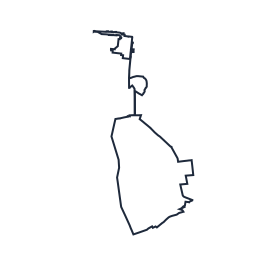 Braila, Braila, Romania, rotated 148°
{"feature_id": "2599482B33603161036297", "entity_name": "Braila", "entity_type": "district", "adm_level": 2, "iso_a3": "ROU", "parent_name": "Romania", "parent_adm1": "Braila", "projection": "orthographic", "projection_center": [27.92, 45.241], "detail": "fine", "context": "isolated", "style": "outline", "palette": "slate", "viewbox_px": 256, "rotation_deg": 148, "n_neighbors": 0, "source": "geoboundaries", "source_scale": "gbopen_adm2", "svg_char_len": 3851}
<svg xmlns="http://www.w3.org/2000/svg" viewBox="0 0 256 256"><g transform="rotate(148 128 128)"><path d="M146.5,129.6L152.8,106.0L156.6,99.0L163.5,91.8L164.9,88.6L172.0,72.8L175.0,66.1L175.6,64.7L176.7,55.8L176.8,55.0L177.7,48.1L178.2,44.4L178.7,41.9L179.0,39.8L179.8,34.9L175.2,33.8L169.9,32.6L165.9,31.7L164.1,32.0L163.6,32.0L159.7,31.8L159.8,30.2L156.8,29.9L156.2,28.4L149.4,29.3L147.7,29.3L144.4,30.1L140.8,30.7L139.3,30.6L137.1,30.1L132.6,28.7L129.8,28.9L125.4,27.6L125.4,28.9L125.5,29.5L126.0,30.4L127.2,31.8L126.6,31.7L125.0,31.6L124.2,31.8L124.3,31.4L122.0,31.1L122.0,32.1L120.9,32.0L118.4,34.9L118.3,35.0L116.0,33.1L115.5,32.6L115.1,32.9L114.5,32.9L111.9,32.5L111.6,32.8L115.9,38.5L117.0,40.1L117.2,40.7L117.3,41.8L114.5,49.9L113.6,52.4L107.3,49.2L104.3,57.0L97.6,53.5L94.3,60.3L91.1,67.0L91.4,67.1L92.8,67.8L93.0,67.9L93.1,68.0L95.3,69.0L98.2,70.4L103.4,72.8L102.4,75.1L102.1,75.8L102.0,76.5L101.4,88.1L101.3,88.3L101.3,88.6L101.2,88.7L101.1,88.8L101.1,89.0L101.3,89.1L101.5,89.2L101.6,89.4L101.7,89.6L102.0,90.6L103.7,97.1L105.2,102.7L105.3,103.2L105.5,103.8L105.7,104.3L106.3,105.6L106.5,106.2L107.7,110.2L108.2,112.6L108.6,114.4L108.9,116.0L109.0,116.0L109.3,117.3L109.5,117.8L109.6,118.1L110.0,119.4L111.4,123.5L111.9,125.1L113.2,128.8L113.4,129.3L110.2,132.0L111.6,132.8L115.3,135.1L107.4,147.8L102.5,155.8L100.4,151.3L99.5,149.8L99.3,149.3L98.8,148.4L98.3,148.6L97.1,148.8L96.3,149.4L95.5,149.5L94.3,150.4L94.0,151.4L92.8,152.0L92.0,152.5L91.8,152.6L91.7,152.5L90.6,152.9L89.9,153.5L89.6,154.1L89.3,154.6L88.8,155.2L88.4,155.9L87.8,157.1L87.4,158.1L87.3,158.4L87.2,159.3L87.2,159.9L87.4,161.1L87.6,161.5L88.0,162.2L87.9,163.5L90.1,165.2L91.9,166.6L92.7,167.1L92.8,167.2L93.3,167.5L94.3,167.8L96.0,168.3L96.3,168.5L98.7,168.9L99.5,169.1L99.8,169.3L99.9,169.6L100.4,170.0L97.4,174.5L96.2,176.3L89.4,185.2L89.0,185.7L88.7,185.9L88.3,186.3L87.8,187.0L87.6,187.2L87.5,187.4L87.4,187.7L86.8,188.6L85.9,189.7L83.8,192.4L83.6,192.3L83.8,192.1L84.0,191.9L84.3,191.6L84.7,190.9L84.3,190.8L84.3,190.7L84.1,190.5L84.0,190.4L84.1,190.2L83.9,190.0L83.4,189.7L83.2,189.6L83.0,189.9L82.8,189.8L82.7,190.1L82.6,190.3L81.5,191.7L83.3,193.0L82.8,193.5L81.4,195.2L80.0,197.0L79.8,197.2L79.6,197.3L79.3,197.3L79.0,197.4L78.8,197.5L78.7,197.6L78.6,197.8L78.6,198.0L78.9,198.2L79.1,198.5L80.0,197.2L80.7,196.3L81.9,194.9L83.4,193.1L83.7,193.3L82.4,194.9L81.2,196.4L78.0,200.5L77.1,201.7L76.2,202.8L76.2,203.1L78.8,205.2L79.0,205.1L79.3,205.2L79.3,205.5L82.2,207.9L81.6,208.6L81.4,208.9L82.1,209.4L81.5,210.7L82.6,211.2L83.2,210.2L83.8,210.6L83.7,211.0L83.7,211.4L83.7,211.7L83.8,212.0L83.8,212.3L84.0,212.6L84.4,213.2L87.4,215.5L87.2,215.8L87.7,216.1L87.8,215.9L90.7,217.9L90.5,218.3L91.1,218.7L91.3,218.4L94.1,220.3L93.8,220.7L94.4,221.1L94.7,220.7L95.7,221.4L95.8,221.3L102.1,225.7L105.0,227.8L104.9,228.0L105.3,228.3L105.6,228.4L106.0,227.8L105.9,227.8L102.8,225.6L100.6,221.6L97.3,219.3L94.5,217.2L94.8,216.9L94.2,216.5L94.0,216.9L92.9,216.1L93.1,215.8L92.6,215.4L92.3,215.7L91.1,214.9L91.3,214.6L88.7,212.7L88.5,213.0L86.2,211.3L85.7,208.3L86.2,207.8L87.2,208.5L87.9,207.7L88.9,208.4L93.3,202.8L97.1,202.3L97.5,201.8L100.5,204.1L100.7,203.8L100.6,203.7L101.2,202.8L99.9,201.8L101.1,200.1L94.3,194.7L95.2,193.5L93.6,192.3L95.4,190.0L89.8,185.5L88.5,187.2L88.3,187.3L88.2,187.4L88.0,187.8L86.5,189.7L85.9,190.5L84.1,192.7L83.9,192.5L84.9,191.2L86.4,189.2L87.4,187.9L89.4,185.3L96.3,176.3L97.4,174.6L100.5,170.1L105.8,161.5L105.5,161.3L105.1,161.9L105.0,162.0L104.4,161.5L101.9,161.8L101.8,161.1L101.7,159.5L101.7,158.6L101.7,158.0L101.8,157.5L102.7,156.2L106.0,150.7L115.5,135.4L117.1,136.3L117.1,136.2L119.9,137.9L120.3,137.0L121.2,137.7L121.8,138.1L122.0,137.6L123.7,138.3L125.8,139.1L129.3,140.3L129.6,140.4L130.4,140.8L130.4,140.7L131.6,141.3L133.9,142.3L136.9,139.3L145.1,131.0L146.5,129.6Z" fill="none" stroke="#1e293b" stroke-width="2"/></g></svg>